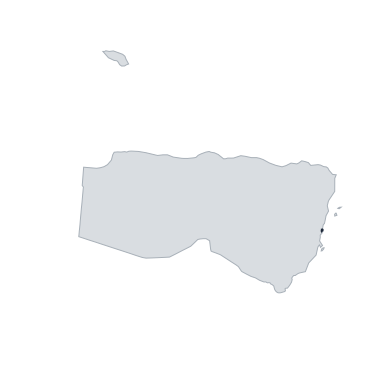 location of Al Hawak, Al Hudaydah, Yemen, rotated 207°
{"feature_id": "15242507B19229428361360", "entity_name": "Al Hawak", "entity_type": "district", "adm_level": 2, "iso_a3": "YEM", "parent_name": "Yemen", "parent_adm1": "Al Hudaydah", "projection": "robinson", "projection_center": [42.952, 14.752], "detail": "fine", "context": "in_parent", "style": "filled", "palette": "slate", "viewbox_px": 384, "rotation_deg": 207, "n_neighbors": 0, "source": "geoboundaries", "source_scale": "gbopen_adm2", "svg_char_len": 3155}
<svg xmlns="http://www.w3.org/2000/svg" viewBox="0 0 384 384"><g transform="rotate(207 192 192)"><path d="M299.8,164.9L287.8,169.8L284.7,172.0L281.9,174.6L279.7,178.0L278.3,183.8L279.5,189.2L279.4,192.1L276.4,194.0L273.5,195.3L270.3,197.4L268.3,197.9L266.8,199.6L264.9,200.8L258.2,203.8L250.9,206.1L239.3,208.9L234.8,211.9L230.7,214.0L224.5,214.6L216.0,217.5L211.3,219.8L205.4,223.6L204.1,224.8L203.1,227.6L201.3,230.0L197.7,233.9L195.1,235.9L193.3,236.0L189.8,237.1L185.7,237.3L178.9,235.9L177.1,236.9L175.6,238.4L170.4,241.1L165.0,246.5L161.0,247.9L154.7,249.6L150.2,251.9L147.2,252.7L143.3,253.2L136.2,253.0L129.4,253.8L123.2,255.3L120.2,258.2L116.9,262.7L111.4,264.6L110.1,266.2L108.4,269.6L104.8,270.5L101.6,271.0L98.3,269.6L92.1,273.6L89.8,274.3L86.2,274.4L83.7,275.3L81.8,275.0L79.6,273.5L74.8,271.5L71.3,272.8L71.0,269.0L65.1,257.3L66.3,247.1L66.3,245.7L65.2,241.1L61.7,237.0L61.8,231.7L60.7,227.9L59.7,224.1L60.0,223.0L60.1,222.1L58.3,216.1L57.7,214.9L57.5,213.7L58.1,212.7L58.1,211.6L57.1,209.8L56.1,206.3L51.4,203.6L52.4,201.0L53.3,201.9L54.5,202.7L54.8,201.0L54.8,199.8L52.8,192.1L55.8,181.8L54.8,172.5L59.3,168.8L60.4,167.6L61.0,166.6L62.1,164.5L63.5,163.8L64.0,161.6L64.0,160.5L63.0,159.5L62.4,156.9L62.6,153.6L62.8,152.3L63.3,149.7L64.8,148.8L65.2,148.1L64.0,146.5L64.1,145.5L66.8,142.9L67.8,142.1L69.5,141.3L70.9,141.3L72.4,141.7L73.8,142.5L75.1,143.8L76.5,145.4L78.7,145.9L80.2,145.8L81.4,146.5L82.4,146.1L83.6,145.3L85.4,145.4L87.1,144.5L91.8,144.0L96.4,144.3L101.1,143.6L105.9,143.6L110.7,143.7L111.7,143.8L112.8,144.3L116.8,146.6L119.9,147.1L126.1,147.7L132.6,148.4L138.3,149.0L143.2,148.5L147.2,148.0L148.3,148.1L149.5,149.6L151.9,153.2L154.2,156.6L158.2,156.8L160.8,155.5L163.6,153.7L165.3,152.3L167.2,146.7L168.5,143.1L171.4,139.1L173.9,135.7L177.1,131.2L178.9,128.7L182.5,123.8L185.9,121.8L192.4,118.1L198.8,114.5L203.0,112.2L206.6,111.1L212.6,110.1L219.6,109.1L226.7,108.0L234.2,106.8L242.5,105.5L248.3,104.6L255.6,103.5L261.6,102.5L267.0,101.7L272.6,100.8L273.7,103.6L274.8,106.3L275.8,109.0L276.9,111.8L278.0,114.5L279.1,117.2L280.2,119.9L281.3,122.7L282.4,125.4L283.5,128.1L284.5,130.8L285.6,133.6L286.7,136.3L287.8,139.0L288.9,141.8L290.0,144.5L291.0,147.1L292.8,148.0L293.8,150.5L295.3,154.1L296.8,157.7L298.3,161.3L299.8,164.9ZM317.3,274.5L318.7,274.8L321.0,273.9L327.4,273.7L335.2,276.8L333.7,277.6L332.9,278.7L329.5,279.7L326.1,282.0L316.3,283.2L313.4,282.5L311.0,280.3L306.6,277.3L308.3,275.4L308.7,274.6L309.3,273.7L311.8,272.3L314.2,272.6L317.3,274.5ZM54.5,238.0L54.2,238.6L53.8,238.5L52.3,237.0L53.9,235.4L54.8,236.9L54.5,238.0ZM49.8,201.7L49.0,202.3L48.8,201.2L49.3,198.8L50.1,198.1L50.6,199.9L50.3,200.9L49.8,201.7ZM53.7,245.3L52.2,246.2L53.2,244.0L54.4,243.6L54.7,243.6L53.7,245.3Z" fill="#d9dde1" stroke="#a8b0b8" stroke-width="1"/><path d="M59.5,217.5L59.4,217.3L59.2,216.7L59.1,216.1L58.9,215.9L58.7,215.7L58.4,215.5L58.3,215.8L58.3,216.0L58.4,216.3L58.5,216.4L58.5,216.5L58.5,216.8L58.4,216.9L58.4,217.0L58.4,217.3L58.5,217.4L58.4,217.4L58.5,217.5L58.4,217.6L58.5,217.7L58.5,217.8L58.5,218.0L58.8,218.0L58.8,217.9L59.1,217.7L59.5,217.5L59.5,217.5Z" fill="#64748b" stroke="#1e293b" stroke-width="1.5"/></g></svg>